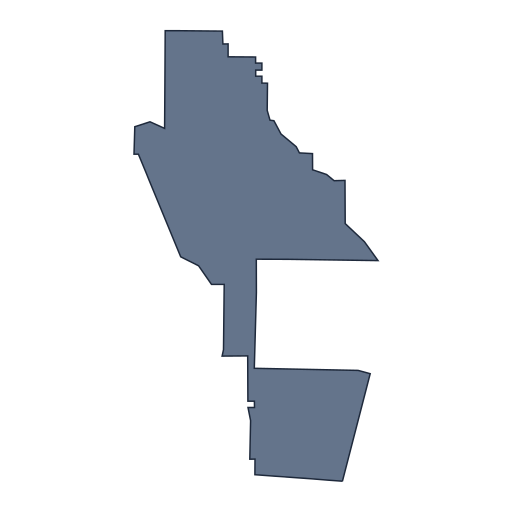 Ware, Georgia, United States of America
{"feature_id": "52423323B47497093243576", "entity_name": "Ware", "entity_type": "district", "adm_level": 2, "iso_a3": "USA", "parent_name": "United States of America", "parent_adm1": "Georgia", "projection": "mercator", "projection_center": [-82.412, 31.019], "detail": "fine", "context": "isolated", "style": "filled", "palette": "slate", "viewbox_px": 512, "rotation_deg": 0, "n_neighbors": 0, "source": "geoboundaries", "source_scale": "gbopen_adm2", "svg_char_len": 908}
<svg xmlns="http://www.w3.org/2000/svg" viewBox="0 0 512 512"><path d="M254.9,474.7L273.8,476.1L311.3,478.8L323.8,479.8L327.4,480.1L342.4,481.2L342.4,481.3L370.2,373.7L366.6,372.7L358.1,370.4L254.3,368.3L256.4,292.6L256.3,259.2L287.7,259.3L378.0,260.6L364.4,241.7L345.2,223.6L345.0,180.4L334.1,180.7L326.6,174.5L312.6,169.8L312.5,153.6L299.4,152.9L296.2,146.7L281.0,134.0L273.9,120.7L270.0,120.2L267.2,110.4L267.5,83.2L261.9,83.1L261.9,76.2L255.7,76.2L255.7,70.1L261.9,70.1L261.9,63.1L255.6,63.1L255.6,57.0L228.1,56.8L228.1,43.9L222.9,44.0L222.4,31.1L178.4,30.7L165.2,30.7L164.9,83.7L164.6,128.4L150.0,121.8L134.8,126.7L134.0,154.2L138.4,154.2L146.6,174.0L148.8,179.5L180.7,256.8L198.6,265.8L211.5,284.4L224.2,284.4L223.5,349.7L222.1,356.1L247.7,355.9L247.9,401.2L254.4,401.2L254.5,407.5L248.0,407.5L250.6,420.6L249.8,459.2L255.0,459.1L254.9,474.7Z" fill="#64748b" stroke="#1e293b" stroke-width="1.5"/></svg>